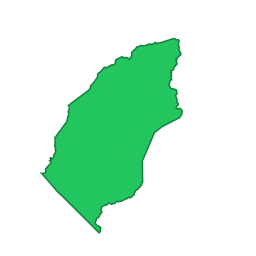 San Ignacio, Francisco Morazán, Honduras, rotated 230°
{"feature_id": "27666195B25957798922682", "entity_name": "San Ignacio", "entity_type": "district", "adm_level": 2, "iso_a3": "HND", "parent_name": "Honduras", "parent_adm1": "Francisco Morazán", "projection": "robinson", "projection_center": [-87.053, 14.728], "detail": "fine", "context": "isolated", "style": "filled", "palette": "green", "viewbox_px": 256, "rotation_deg": 230, "n_neighbors": 0, "source": "geoboundaries", "source_scale": "gbopen_adm2", "svg_char_len": 5716}
<svg xmlns="http://www.w3.org/2000/svg" viewBox="0 0 256 256"><g transform="rotate(230 128 128)"><path d="M151.1,216.4L151.5,216.3L151.9,216.3L152.5,216.8L152.8,217.0L153.2,217.0L153.7,216.8L154.0,216.9L154.3,217.0L155.7,217.8L156.7,218.8L156.9,219.0L157.8,219.4L159.1,219.8L160.4,221.4L161.6,222.3L161.8,223.0L163.2,223.3L164.1,222.2L164.6,221.7L165.0,221.5L165.7,221.4L166.1,221.3L166.7,221.0L167.2,220.5L172.2,208.3L174.0,204.5L174.4,204.6L174.8,204.6L175.1,204.3L175.9,203.9L176.2,203.6L176.2,203.3L175.8,202.9L175.8,202.6L175.9,202.1L176.4,201.4L176.6,200.9L176.8,200.0L176.8,199.5L176.9,199.4L177.2,199.3L178.2,198.9L178.5,198.7L179.0,197.3L179.3,196.9L179.3,196.7L179.4,196.3L179.4,195.4L179.7,194.7L180.2,193.9L181.3,192.5L181.7,192.0L182.7,191.2L183.1,190.7L183.3,190.3L183.4,189.8L183.4,187.9L183.6,187.6L184.3,187.0L184.4,186.9L184.4,186.5L183.9,185.2L183.8,184.0L183.9,182.5L183.7,181.1L183.6,180.3L183.6,179.8L183.5,179.5L183.4,179.2L183.0,178.8L181.5,177.8L181.1,177.5L180.8,176.9L180.7,176.3L180.4,175.6L180.2,175.0L180.2,174.4L179.9,174.0L179.6,173.1L182.2,172.6L183.2,172.1L183.3,171.7L183.4,171.2L183.5,171.1L184.7,170.0L186.2,169.3L186.5,169.0L186.8,168.4L187.0,167.4L187.3,165.5L187.9,163.8L187.9,163.1L187.9,162.5L187.8,162.1L187.7,161.8L186.6,160.9L185.9,159.8L185.5,158.9L185.4,158.6L185.5,158.2L185.6,157.6L185.7,157.2L186.2,156.8L186.8,156.2L187.0,155.9L187.0,155.3L186.8,154.8L187.2,154.3L187.4,153.8L187.5,152.0L187.9,150.8L188.2,150.3L189.1,149.5L189.4,149.2L189.6,148.7L189.7,148.2L189.6,147.7L189.4,147.1L189.4,146.5L188.9,145.4L188.9,144.9L189.0,144.5L189.0,144.3L188.9,144.1L188.6,143.7L188.5,143.4L188.6,143.1L188.8,142.7L188.9,142.0L189.0,140.1L188.9,139.6L188.7,139.3L187.1,138.0L186.8,137.6L186.3,136.4L186.2,136.0L186.1,135.3L185.9,134.5L185.2,133.1L185.1,132.7L185.1,132.4L185.2,132.0L185.1,131.5L184.8,130.3L184.7,129.5L184.3,127.9L184.4,126.9L184.3,126.6L184.2,126.3L184.0,126.0L183.7,125.8L183.4,125.7L182.9,125.2L182.7,124.6L182.4,123.0L182.2,122.2L183.6,96.9L182.8,96.8L182.1,96.7L181.6,96.4L181.2,96.0L179.9,94.5L179.6,94.0L178.7,92.4L178.4,92.2L177.7,92.2L177.2,92.0L172.1,84.8L167.5,65.8L164.2,63.2L163.7,62.9L163.3,62.5L162.6,61.6L161.9,61.1L161.0,60.0L160.7,59.9L160.4,59.8L159.5,59.9L159.0,59.7L158.8,59.6L158.7,59.1L158.4,58.7L158.0,58.3L157.5,57.9L156.2,57.4L155.8,57.0L155.6,56.4L155.6,55.3L155.4,54.5L154.9,53.8L153.3,51.7L153.1,51.2L153.0,50.9L153.1,50.5L153.3,50.2L153.7,50.0L154.7,49.8L155.0,49.5L155.0,49.1L154.9,49.0L154.8,48.9L153.1,48.9L152.9,48.8L152.8,48.6L152.9,47.7L153.1,47.7L153.3,47.5L153.4,47.3L153.4,47.0L152.3,47.1L151.9,47.0L151.4,46.8L151.0,46.3L150.6,45.5L150.4,44.0L150.3,43.4L150.1,41.2L149.9,40.4L149.6,38.5L149.5,38.3L149.3,38.1L147.7,37.3L147.2,36.8L147.0,36.3L146.9,36.0L146.9,35.7L147.2,34.8L148.0,33.5L148.2,33.1L148.4,32.9L148.7,32.7L123.5,33.1L118.9,33.8L66.3,38.5L66.4,39.0L66.3,39.8L66.5,40.2L66.7,40.5L67.8,41.0L68.4,41.9L68.8,42.6L69.1,42.9L69.9,43.0L71.0,42.7L71.8,42.5L72.5,42.0L73.2,41.7L74.1,41.5L74.8,41.5L75.4,41.6L76.2,42.0L76.7,42.3L77.0,42.7L77.8,44.4L78.5,45.2L78.8,45.7L78.9,46.3L78.7,47.5L78.3,48.1L78.9,49.1L79.5,50.6L79.8,51.6L79.9,52.6L80.3,53.5L80.5,54.0L80.8,54.2L81.4,54.4L82.3,54.5L82.6,54.7L82.8,54.8L83.1,55.2L83.6,56.2L84.1,57.1L84.4,57.7L84.5,58.2L84.4,58.6L83.4,61.0L82.8,62.7L82.7,63.6L82.9,64.6L82.8,65.2L82.6,65.5L82.2,65.7L81.6,65.9L80.4,66.1L80.2,66.2L80.0,66.5L79.8,66.9L79.8,67.9L79.8,68.3L79.6,68.5L78.7,69.5L78.6,70.0L79.0,70.9L79.1,71.7L79.1,72.1L78.9,72.4L78.6,72.6L77.6,73.0L77.2,74.4L76.2,75.8L75.7,77.6L75.6,78.7L75.3,79.9L75.3,80.4L75.3,80.6L75.1,81.0L74.6,81.4L74.4,81.7L74.6,83.4L74.6,83.8L74.6,84.1L74.5,84.4L74.3,84.5L73.3,84.6L73.1,85.0L72.9,85.3L72.8,86.0L72.9,86.8L72.9,87.0L73.1,87.4L73.1,87.7L73.1,88.3L72.9,89.1L72.9,89.4L73.0,89.7L73.1,90.0L74.0,91.0L74.3,91.9L74.8,92.9L75.0,93.3L75.1,93.7L75.0,94.2L74.8,96.1L74.9,97.5L75.1,97.9L75.2,98.4L75.3,98.8L75.1,99.2L75.2,99.6L75.4,100.5L75.5,101.1L75.6,101.5L76.7,103.1L76.9,103.6L77.0,104.1L77.1,104.4L93.6,117.9L107.5,145.5L107.1,155.4L102.7,174.4L103.0,174.9L103.3,175.4L103.5,176.7L103.9,177.8L104.8,179.0L105.9,180.1L106.2,180.3L106.8,180.5L107.4,180.7L107.8,180.7L108.4,180.7L109.7,180.3L110.0,179.8L110.4,178.9L110.9,178.2L111.3,177.9L111.6,177.7L111.9,177.6L112.1,177.6L112.3,177.8L112.4,178.1L113.2,178.9L113.4,179.2L113.4,180.1L113.3,180.6L113.5,181.4L113.6,181.7L114.1,182.0L116.0,182.3L117.5,182.9L117.9,183.1L118.1,183.4L118.2,183.6L119.0,184.1L120.3,184.6L122.1,185.1L122.5,185.3L122.6,185.6L122.5,186.4L122.5,187.0L122.6,187.3L122.7,187.5L123.0,187.8L123.5,188.0L124.8,188.9L125.3,189.2L125.8,189.3L126.3,189.2L126.7,189.2L127.3,188.9L128.9,187.8L130.3,186.6L130.6,186.4L130.8,186.4L131.5,186.4L132.3,186.6L133.1,186.7L133.9,186.9L134.7,187.2L135.2,187.5L135.5,187.9L136.0,189.4L137.0,190.1L137.2,190.4L137.3,191.6L137.2,191.8L136.9,192.4L136.8,192.5L137.2,192.8L138.0,192.6L138.6,192.6L139.0,192.8L139.2,193.1L139.2,193.3L139.2,193.5L139.2,193.8L139.3,194.3L139.5,194.6L140.4,195.2L141.1,195.5L141.5,195.9L141.7,196.2L142.5,196.0L142.7,196.3L142.6,196.9L142.6,197.1L143.1,197.2L143.8,197.1L144.0,197.3L144.2,197.5L144.3,197.8L144.2,198.1L144.0,198.5L143.4,199.4L143.4,199.6L143.4,199.9L143.4,200.2L143.6,200.6L144.5,201.6L144.8,202.2L145.1,203.3L145.1,203.7L145.1,204.3L145.1,204.6L145.4,204.8L145.7,204.8L145.9,205.0L145.8,205.3L145.3,206.0L145.4,206.5L145.6,206.8L145.8,207.1L146.7,207.2L147.5,207.7L148.6,208.8L148.9,208.7L149.1,208.5L149.3,208.5L149.8,209.0L150.1,209.1L150.3,209.2L150.3,209.3L150.2,209.6L150.0,209.8L149.6,210.2L149.5,210.4L149.7,210.9L150.2,211.7L150.3,212.0L150.3,213.0L150.1,213.9L150.1,215.5L150.3,215.7L151.0,216.1L151.1,216.4Z" fill="#22c55e" stroke="#15803d" stroke-width="1.5"/></g></svg>